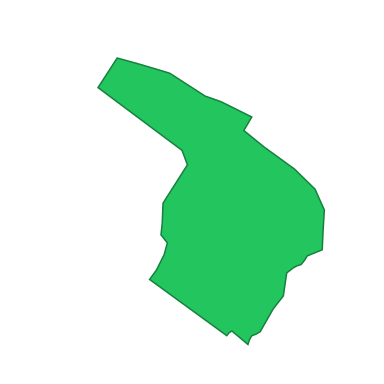 outline of Nakapiripirit, rotated 306°
{"feature_id": "UGA-3128", "entity_name": "Nakapiripirit", "entity_type": "District", "adm_level": 1, "iso_a3": "UGA", "parent_name": "Uganda", "parent_adm1": "", "projection": "albers", "projection_center": [34.525, 2.013], "detail": "fine", "context": "isolated", "style": "filled", "palette": "green", "viewbox_px": 384, "rotation_deg": 306, "n_neighbors": 0, "source": "natural_earth", "source_scale": "10m", "svg_char_len": 646}
<svg xmlns="http://www.w3.org/2000/svg" viewBox="0 0 384 384"><g transform="rotate(306 192 192)"><path d="M202.7,323.2L197.4,322.9L194.1,320.4L190.1,318.5L182.2,316.2L161.6,327.0L145.2,326.4L119.0,329.3L114.7,327.4L110.7,324.8L106.1,325.4L101.5,326.9L103.0,306.0L100.1,304.8L96.2,304.6L96.3,209.1L107.9,209.1L124.9,206.3L136.3,202.0L139.1,192.1L149.0,186.4L166.0,175.1L211.3,172.3L219.8,159.5L221.2,54.6L256.4,52.7L265.1,75.9L275.0,104.2L277.3,146.2L282.1,162.3L287.8,196.3L272.2,197.8L270.8,223.3L270.8,261.5L266.6,289.9L255.2,309.7L239.6,319.6L221.8,331.3L208.0,322.8L202.7,323.2Z" fill="#22c55e" stroke="#15803d" stroke-width="1.5"/></g></svg>